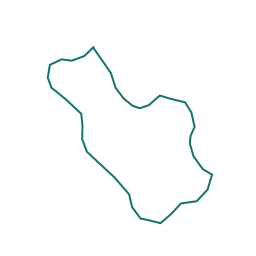 the district of Mullsjö, Västra Götaland, Sweden, rotated 133°
{"feature_id": "70781695B30148016618551", "entity_name": "Mullsjö", "entity_type": "district", "adm_level": 2, "iso_a3": "SWE", "parent_name": "Sweden", "parent_adm1": "Västra Götaland", "projection": "mercator", "projection_center": [13.852, 57.962], "detail": "fine", "context": "isolated", "style": "outline", "palette": "teal", "viewbox_px": 256, "rotation_deg": 133, "n_neighbors": 0, "source": "geoboundaries", "source_scale": "gbopen_adm2", "svg_char_len": 674}
<svg xmlns="http://www.w3.org/2000/svg" viewBox="0 0 256 256"><g transform="rotate(133 128 128)"><path d="M185.7,57.0L182.3,51.6L175.4,39.3L161.6,37.8L147.0,37.8L134.7,27.8L118.6,27.8L114.1,30.1L104.8,34.7L107.1,45.4L104.0,60.8L97.1,72.3L91.0,76.9L81.8,80.0L73.4,92.3L70.3,103.8L77.2,116.0L82.1,125.9L82.6,126.8L87.9,127.5L97.1,128.3L105.6,132.9L108.6,139.8L109.4,151.3L107.1,164.4L99.4,178.2L95.6,195.8L93.3,206.6L92.6,208.4L105.1,209.0L117.1,215.0L123.1,223.4L135.1,228.2L145.9,221.0L148.3,216.2L150.7,211.4L149.5,193.4L149.5,171.9L156.7,163.5L167.4,153.9L173.4,141.9L173.4,103.5L175.8,81.9L183.0,71.2L185.7,57.0Z" fill="none" stroke="#0f766e" stroke-width="2"/></g></svg>